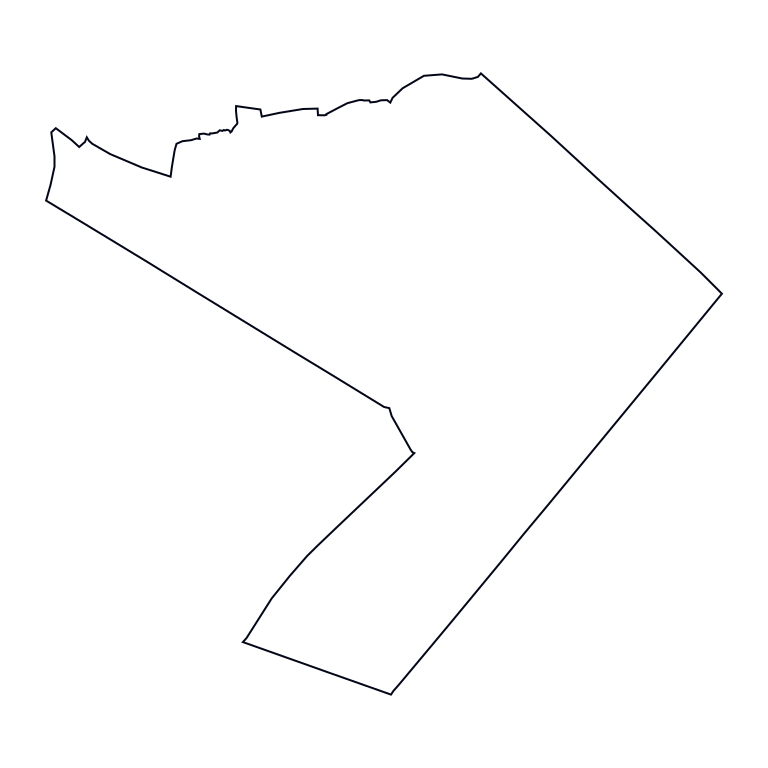 Quan 3, Hồ Chí Minh city, Vietnam
{"feature_id": "81297802B4427483692725", "entity_name": "Quan 3", "entity_type": "district", "adm_level": 2, "iso_a3": "VNM", "parent_name": "Vietnam", "parent_adm1": "Hồ Chí Minh city", "projection": "robinson", "projection_center": [106.677, 10.779], "detail": "fine", "context": "isolated", "style": "outline", "palette": "ink", "viewbox_px": 768, "rotation_deg": 0, "n_neighbors": 0, "source": "geoboundaries", "source_scale": "gbopen_adm2", "svg_char_len": 1505}
<svg xmlns="http://www.w3.org/2000/svg" viewBox="0 0 768 768"><path d="M86.8,137.3L84.9,142.1L83.7,143.0L79.2,147.0L71.8,140.2L55.8,128.2L51.3,132.3L51.5,134.1L54.5,156.3L54.5,166.8L50.4,185.5L50.0,186.8L46.1,200.6L83.4,223.1L149.9,263.5L160.7,270.2L197.4,292.8L297.1,353.9L328.3,372.8L384.1,407.0L389.3,408.1L391.7,416.1L410.7,449.8L412.4,452.2L414.3,453.1L395.2,471.9L337.1,527.0L317.2,546.0L307.1,556.0L289.8,575.9L271.7,598.4L246.5,638.1L242.9,642.1L329.6,672.9L391.0,694.6L393.5,690.8L398.3,685.4L437.2,638.9L443.2,631.7L447.8,626.2L472.3,596.6L501.7,561.0L524.1,533.6L547.4,505.7L659.1,370.2L721.9,293.7L700.7,272.5L656.3,231.7L634.3,212.0L598.2,179.3L550.9,135.8L480.9,73.4L477.9,76.9L471.8,78.8L462.2,78.5L442.0,74.4L423.9,75.8L402.7,88.2L396.4,94.2L392.6,97.8L390.3,102.6L387.1,100.1L380.9,100.3L376.2,101.8L370.4,102.4L369.2,100.4L363.7,100.5L362.2,100.0L358.6,100.2L347.3,103.2L338.0,108.0L326.4,114.1L326.4,114.8L324.6,115.3L318.0,115.2L317.6,108.6L302.9,109.0L280.4,112.7L280.1,112.7L261.8,116.6L260.4,109.5L236.1,106.1L236.0,110.9L236.6,117.1L237.4,122.8L237.2,123.7L233.3,128.2L231.6,131.4L230.4,132.4L229.8,131.0L228.0,130.0L227.0,129.8L224.9,130.5L223.9,130.0L222.5,130.9L219.7,130.3L217.4,132.5L212.5,133.4L210.1,133.4L209.6,134.6L207.1,134.4L204.0,133.6L199.3,134.1L199.1,136.3L199.7,138.9L196.6,138.5L191.0,140.2L182.4,141.2L176.5,143.8L174.7,150.1L172.0,166.2L170.6,176.7L141.8,167.5L110.2,154.1L92.3,143.8L88.9,140.7L86.8,137.3Z" fill="none" stroke="#020617" stroke-width="2"/></svg>